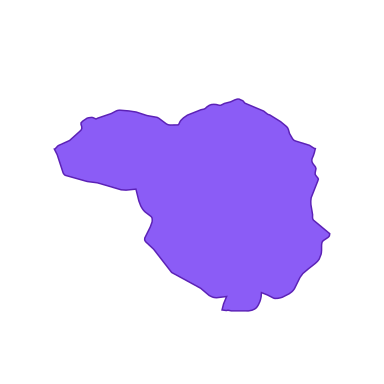 Sühbaatar, Robinson projection, rotated 198°
{"feature_id": "MNG-3333", "entity_name": "Sühbaatar", "entity_type": "Province", "adm_level": 1, "iso_a3": "MNG", "parent_name": "Mongolia", "parent_adm1": "", "projection": "robinson", "projection_center": [113.466, 46.275], "detail": "fine", "context": "isolated", "style": "filled", "palette": "violet", "viewbox_px": 384, "rotation_deg": 198, "n_neighbors": 0, "source": "natural_earth", "source_scale": "10m", "svg_char_len": 2307}
<svg xmlns="http://www.w3.org/2000/svg" viewBox="0 0 384 384"><g transform="rotate(198 192 192)"><path d="M336.2,190.3L335.5,190.8L334.5,192.9L334.0,194.1L333.2,195.1L324.3,203.2L316.7,216.4L316.4,218.3L317.2,220.3L318.4,221.9L318.9,223.5L317.8,225.7L314.6,229.8L313.2,230.7L310.6,231.9L309.7,232.1L308.9,232.1L306.1,231.8L305.6,232.0L304.5,233.1L293.0,241.7L289.0,245.8L287.6,246.8L286.0,247.5L277.1,249.6L269.8,250.8L258.4,250.8L248.2,252.2L246.4,251.9L237.3,248.8L235.4,248.6L233.6,248.9L226.3,251.4L225.7,251.8L225.5,252.4L225.1,255.4L224.6,256.9L223.0,259.9L220.1,263.7L208.9,273.0L206.3,274.5L205.5,275.2L205.0,275.9L204.0,277.7L202.3,279.8L200.5,281.2L198.4,282.1L196.0,282.7L192.8,282.9L191.4,283.4L188.6,286.2L183.1,289.7L179.7,292.9L177.6,294.4L176.0,294.9L172.1,294.5L171.2,294.2L169.7,293.1L168.8,292.8L148.8,291.1L144.0,289.3L141.7,289.3L129.5,286.3L122.2,283.4L120.7,282.4L119.5,281.0L117.3,277.7L112.8,273.7L111.3,272.8L109.5,272.5L94.7,272.7L89.5,271.3L88.1,271.4L88.1,271.0L87.8,267.2L87.8,264.2L88.1,260.9L87.9,259.4L87.4,258.1L86.1,256.6L84.9,255.7L83.5,254.8L82.3,253.9L81.3,252.5L80.8,248.3L80.2,246.7L78.4,245.3L77.0,244.5L76.1,243.7L75.8,243.2L75.8,241.1L76.9,223.4L76.2,220.0L75.1,216.9L70.3,207.7L69.5,205.0L68.9,203.8L67.9,202.8L48.1,194.9L47.8,192.8L48.0,192.0L48.6,190.8L52.0,186.5L52.5,185.5L52.8,184.2L52.6,182.8L52.3,181.4L50.7,176.4L50.2,174.2L50.0,172.7L50.3,167.5L51.2,164.9L52.5,162.5L57.5,155.0L61.4,148.7L62.9,144.1L64.7,131.6L65.4,129.6L66.2,128.0L68.1,125.3L73.5,119.9L75.2,118.7L77.5,117.4L79.9,116.5L80.7,116.3L81.7,116.3L88.5,117.4L94.9,117.8L93.9,113.8L93.6,110.7L93.6,108.7L94.0,105.3L94.3,104.0L94.6,102.9L95.0,101.9L95.5,101.0L96.3,100.0L97.3,99.1L98.4,98.1L101.5,96.4L117.9,91.1L120.6,90.8L121.4,90.6L122.7,89.9L123.1,89.8L127.0,89.1L127.4,95.3L126.8,103.3L136.0,99.0L137.8,98.6L139.3,98.4L140.9,98.5L143.7,98.9L154.0,103.1L186.5,109.2L210.9,125.8L220.4,130.2L221.5,131.0L222.2,131.8L222.7,133.6L220.9,145.7L220.7,151.2L221.1,152.9L221.6,154.2L222.2,155.2L223.1,155.9L224.0,156.3L230.1,158.4L231.7,159.2L233.3,160.2L234.9,161.5L236.5,163.0L239.8,167.1L246.2,177.4L255.3,173.4L260.1,172.2L284.8,171.5L294.9,169.6L317.8,168.7L318.8,169.1L319.6,169.6L320.5,170.4L331.7,185.8L336.2,190.3L336.2,190.3Z" fill="#8b5cf6" stroke="#5b21b6" stroke-width="1.5"/></g></svg>